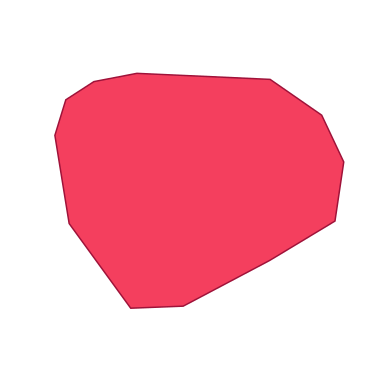 Swains Island, American Samoa, United States of America (Natural Earth projection), rotated 12°
{"feature_id": "52423323B5700348428358", "entity_name": "Swains Island", "entity_type": "district", "adm_level": 2, "iso_a3": "USA", "parent_name": "United States of America", "parent_adm1": "American Samoa", "projection": "natural_earth1", "projection_center": [-171.079, -11.056], "detail": "fine", "context": "isolated", "style": "filled", "palette": "rose", "viewbox_px": 384, "rotation_deg": 12, "n_neighbors": 0, "source": "geoboundaries", "source_scale": "gbopen_adm2", "svg_char_len": 318}
<svg xmlns="http://www.w3.org/2000/svg" viewBox="0 0 384 384"><g transform="rotate(12 192 192)"><path d="M49.4,128.0L46.1,165.1L78.4,248.4L156.2,318.4L207.1,305.5L282.2,242.8L337.9,190.7L334.2,131.1L302.9,89.9L245.0,65.6L113.4,87.4L73.1,104.4L49.4,128.0Z" fill="#f43f5e" stroke="#9f1239" stroke-width="1.5"/></g></svg>